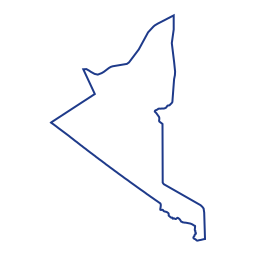 Adrar, Albers equal-area conic projection
{"feature_id": "DZA-2143", "entity_name": "Adrar", "entity_type": "Province", "adm_level": 1, "iso_a3": "DZA", "parent_name": "Algeria", "parent_adm1": "", "projection": "albers", "projection_center": [0.561, 25.317], "detail": "fine", "context": "isolated", "style": "outline", "palette": "blue", "viewbox_px": 256, "rotation_deg": 0, "n_neighbors": 0, "source": "natural_earth", "source_scale": "10m", "svg_char_len": 3334}
<svg xmlns="http://www.w3.org/2000/svg" viewBox="0 0 256 256"><path d="M64.1,132.3L61.4,130.3L58.7,128.3L56.0,126.2L53.3,124.2L51.4,122.9L51.0,122.6L51.2,122.4L94.8,94.0L83.3,69.3L86.4,69.1L89.2,70.7L90.8,71.8L94.6,73.9L97.8,74.6L101.7,73.1L103.9,71.8L108.9,68.0L110.8,66.9L112.6,66.3L126.9,63.9L129.0,62.4L138.8,49.4L148.1,32.3L153.4,26.6L154.8,25.4L157.8,23.6L173.7,15.4L173.7,29.5L171.8,43.1L174.1,61.9L175.1,71.6L174.9,75.2L174.1,79.1L172.4,101.6L172.3,102.1L172.1,102.5L171.8,102.9L171.1,103.7L170.6,104.1L169.6,105.2L169.4,105.3L167.8,105.6L167.6,105.6L167.4,105.8L166.4,107.2L166.0,107.7L165.7,107.8L165.2,108.1L164.0,108.5L163.8,108.5L161.6,108.5L160.9,108.7L160.6,108.7L159.8,108.6L158.6,108.7L158.5,108.8L158.3,108.8L157.3,109.6L156.1,110.1L155.4,110.4L155.2,110.6L154.9,111.0L154.8,111.3L154.8,111.6L155.0,111.8L156.3,113.1L158.8,116.6L159.0,116.9L159.1,117.2L159.2,117.6L159.3,117.9L159.3,119.0L159.1,120.7L159.2,121.2L159.4,121.6L162.2,123.7L162.4,123.9L162.5,124.0L162.5,124.3L162.7,182.6L163.0,183.1L163.8,184.2L200.6,205.2L202.3,206.8L203.6,208.5L204.2,212.6L205.0,238.9L205.0,239.0L203.7,239.2L200.9,239.9L199.1,240.2L197.7,240.6L197.3,240.6L197.1,240.6L196.9,240.5L196.5,240.3L195.5,239.3L194.7,239.0L194.3,238.8L194.0,238.6L193.7,238.3L193.4,237.9L193.4,237.6L193.5,237.2L193.7,236.8L193.9,236.5L194.0,236.3L194.2,236.2L194.5,235.8L194.6,235.5L194.7,234.8L194.8,234.5L195.1,234.2L195.5,234.0L195.8,233.8L195.9,233.3L195.9,233.0L195.7,232.7L195.5,232.4L195.3,232.1L195.3,231.9L195.4,231.6L195.3,231.3L195.3,231.2L195.2,231.2L194.9,230.4L194.8,229.8L195.1,226.2L195.0,225.9L194.7,225.7L193.9,225.4L193.6,225.3L192.6,224.5L190.5,223.6L185.9,222.7L185.0,222.7L183.4,222.4L183.2,222.4L182.9,222.4L182.3,222.0L182.0,221.9L181.6,221.8L181.3,221.7L181.1,221.5L180.4,220.3L179.9,219.6L179.3,218.9L178.2,218.1L177.9,217.9L177.6,217.8L177.3,217.9L176.9,218.2L176.2,218.8L175.8,219.0L175.5,219.0L174.5,218.6L174.3,218.5L174.2,218.4L173.8,218.3L173.6,218.4L173.3,218.6L173.1,218.7L172.8,218.7L172.6,218.5L172.6,218.2L172.4,217.8L172.2,217.6L171.9,217.6L171.6,217.6L171.2,217.6L170.9,217.5L168.9,215.8L168.7,215.6L168.7,214.2L168.6,213.6L168.3,213.1L167.2,212.3L166.5,211.9L165.9,211.8L165.6,211.7L165.3,211.6L164.6,211.5L163.9,211.2L163.6,211.0L163.4,210.7L163.0,210.1L162.8,209.9L162.4,209.8L162.1,209.8L161.4,209.9L161.0,210.0L160.7,209.9L160.4,209.8L160.3,209.6L160.3,209.1L160.3,208.8L160.6,207.2L160.8,205.2L160.8,204.9L160.5,203.7L160.3,203.4L158.3,202.0L156.9,201.0L155.4,200.0L154.0,199.0L152.6,198.0L151.1,197.0L149.7,196.0L148.3,195.0L146.8,194.0L145.4,192.9L144.0,191.9L142.6,190.9L141.4,190.1L141.1,189.9L139.7,188.9L138.3,187.9L136.9,186.9L135.4,185.8L134.0,184.8L132.6,183.8L131.2,182.8L129.8,181.8L128.4,180.7L127.0,179.7L125.5,178.7L124.1,177.7L122.7,176.6L121.3,175.6L119.9,174.6L118.5,173.6L117.1,172.5L115.7,171.5L114.3,170.5L112.9,169.4L111.5,168.4L110.1,167.4L108.7,166.3L107.3,165.3L105.9,164.3L104.6,163.2L103.2,162.2L101.8,161.1L100.4,160.1L99.0,159.1L97.6,158.0L96.2,157.0L94.9,155.9L93.5,154.9L92.1,153.8L90.7,152.8L89.4,151.8L88.2,150.9L86.9,149.9L85.7,148.9L84.4,148.0L83.1,147.0L81.9,146.0L80.6,145.1L79.4,144.1L78.1,143.1L76.9,142.1L75.6,141.2L74.3,140.2L73.1,139.2L71.8,138.2L70.6,137.3L68.9,135.9L67.7,135.0L66.5,134.1L65.3,133.2L64.1,132.3Z" fill="none" stroke="#1e3a8a" stroke-width="2"/></svg>